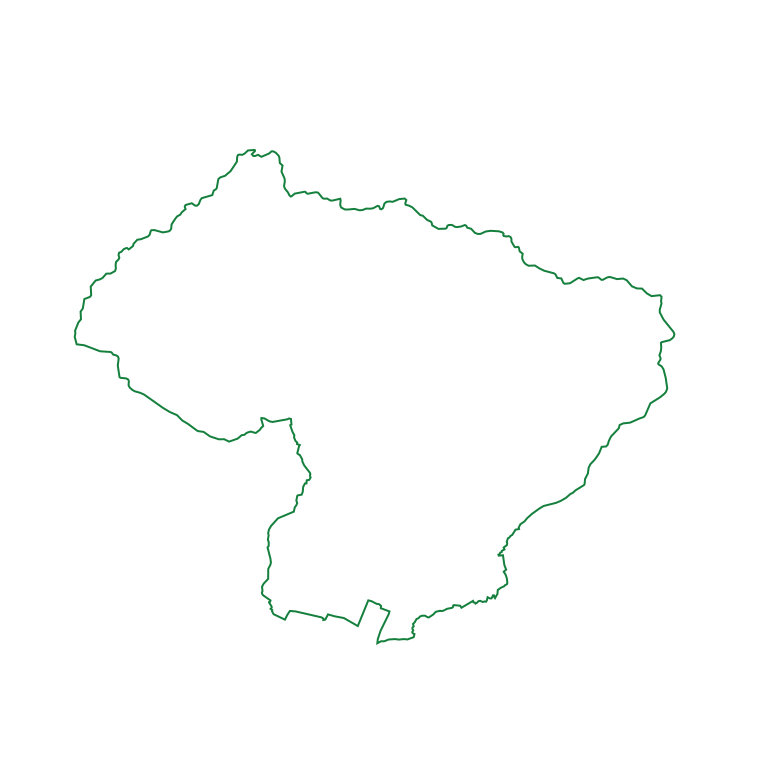 outline of Hang Chat, Lampang, Thailand, rotated 79°
{"feature_id": "78962969B1257188222382", "entity_name": "Hang Chat", "entity_type": "district", "adm_level": 2, "iso_a3": "THA", "parent_name": "Thailand", "parent_adm1": "Lampang", "projection": "natural_earth1", "projection_center": [99.296, 18.345], "detail": "fine", "context": "isolated", "style": "outline", "palette": "green", "viewbox_px": 768, "rotation_deg": 79, "n_neighbors": 0, "source": "geoboundaries", "source_scale": "gbopen_adm2", "svg_char_len": 6153}
<svg xmlns="http://www.w3.org/2000/svg" viewBox="0 0 768 768"><g transform="rotate(79 384 384)"><path d="M423.1,106.8L419.8,108.0L417.0,110.8L415.9,110.9L412.5,107.8L411.2,107.6L408.4,108.2L404.7,106.0L401.2,104.9L396.4,104.3L395.9,103.3L395.5,95.1L394.2,92.3L392.8,90.5L390.4,89.4L388.1,89.9L374.1,97.3L366.4,99.6L363.8,99.2L357.9,96.2L355.9,96.3L351.3,94.9L349.5,96.1L348.8,104.6L345.2,108.7L339.6,112.5L338.4,117.6L335.4,122.0L328.4,126.0L326.1,129.2L325.5,135.2L322.2,141.5L321.9,143.0L322.1,145.1L323.4,148.9L323.3,150.6L320.4,153.1L319.9,154.1L319.4,163.7L320.0,168.3L317.0,172.3L317.3,173.9L320.6,182.2L320.1,187.5L319.1,188.6L314.2,189.8L313.0,193.6L309.0,194.8L307.8,196.0L303.4,205.1L300.1,209.5L296.5,213.2L295.5,219.5L293.3,222.1L291.2,223.4L288.1,224.3L285.5,224.1L282.5,223.0L279.7,225.5L275.6,225.6L275.0,226.3L274.8,229.0L274.3,229.7L268.5,231.7L265.7,231.2L263.8,231.8L262.7,233.2L262.5,235.7L261.6,238.2L260.7,238.5L259.3,237.9L257.9,238.7L256.1,241.9L254.0,249.9L253.7,255.0L255.1,260.8L254.6,263.3L253.0,265.9L248.2,268.9L246.5,272.4L244.3,273.1L243.4,274.3L244.1,278.2L243.9,282.5L243.3,284.2L240.8,287.0L240.3,290.0L240.7,291.5L242.6,292.6L243.3,293.8L242.1,301.0L237.5,306.4L235.1,306.4L233.7,306.9L231.1,310.4L226.2,313.8L225.1,316.2L216.1,322.4L213.9,325.1L212.1,328.6L210.6,328.6L207.7,327.0L205.9,328.3L205.4,333.8L206.8,340.6L205.8,344.0L205.7,346.8L206.9,349.1L211.0,351.3L212.0,353.1L211.6,354.3L208.5,355.0L207.9,356.3L209.4,361.1L209.3,364.1L208.4,368.1L209.1,371.7L208.8,374.9L206.5,379.5L205.8,386.5L205.1,389.3L202.6,392.3L201.5,392.7L199.3,392.7L195.3,391.5L193.8,391.6L194.1,399.6L193.6,401.7L191.1,404.5L190.7,407.4L189.9,408.8L183.7,412.1L183.1,413.2L182.7,415.2L182.7,422.6L181.9,423.7L180.5,424.4L180.1,425.4L180.1,435.4L182.1,438.9L182.2,439.8L180.6,440.9L177.4,441.8L173.7,443.8L171.7,444.3L170.4,444.3L166.2,442.7L163.4,442.4L155.9,444.1L150.2,441.9L147.2,444.1L141.7,443.5L139.8,443.9L136.3,446.1L134.4,448.5L134.2,450.1L135.8,452.8L137.6,461.0L135.0,463.9L135.6,467.0L135.2,468.8L133.2,469.9L130.8,466.3L129.9,466.1L129.5,466.6L128.8,473.0L131.2,476.8L132.0,479.3L131.2,482.2L131.4,483.7L133.1,484.8L137.7,486.0L145.7,493.9L149.3,500.3L149.9,505.1L151.2,507.5L159.8,510.8L160.8,511.9L161.6,514.2L165.8,516.5L166.8,527.4L168.3,529.1L172.1,531.5L173.3,533.6L172.9,535.3L169.9,538.2L170.4,544.6L171.9,545.8L174.4,545.4L176.9,549.8L178.9,551.7L180.0,555.1L181.8,557.2L186.7,562.0L191.2,563.4L192.6,564.9L193.1,566.6L193.0,572.1L189.2,579.8L188.6,582.8L189.3,583.8L192.7,585.5L194.1,587.4L195.5,595.1L195.3,598.6L198.5,603.0L200.7,604.1L203.2,608.9L201.5,610.3L201.4,611.1L202.0,613.8L204.1,616.6L204.6,619.0L206.8,620.0L209.5,619.7L211.1,620.8L213.0,623.7L215.7,624.7L219.6,625.2L221.8,626.5L223.4,631.3L222.7,635.5L226.3,640.2L227.1,643.1L227.4,647.3L232.4,653.3L241.0,654.5L242.4,656.0L243.4,661.9L252.5,665.3L255.0,668.0L262.6,669.1L265.3,672.3L272.8,677.1L275.4,677.3L278.7,678.6L286.4,678.1L288.8,670.8L297.7,656.5L300.4,646.3L301.1,645.4L303.6,644.1L304.7,641.5L306.3,639.9L308.4,639.6L315.0,641.8L326.7,642.3L327.6,641.6L329.3,636.1L330.7,634.3L332.5,633.9L336.6,635.0L338.9,634.3L341.5,632.4L343.5,630.2L346.2,624.9L348.6,621.5L365.3,605.5L370.7,599.5L375.1,593.1L381.3,589.0L385.9,583.9L394.0,576.5L394.8,575.4L396.6,570.2L402.3,564.7L406.8,556.6L407.7,551.4L411.0,547.1L409.7,538.1L407.1,533.5L407.2,530.5L406.2,529.1L405.5,526.9L405.3,523.8L407.5,519.6L407.5,518.9L405.1,514.3L403.9,513.3L402.2,510.6L395.3,511.2L394.0,510.8L395.0,507.9L398.7,503.7L400.0,500.7L400.2,485.5L399.7,483.8L400.6,482.0L406.2,482.6L406.4,483.8L407.1,483.9L413.8,482.9L417.1,481.8L419.4,482.5L423.1,481.7L424.8,480.4L426.3,480.9L427.9,478.3L428.8,479.2L435.3,482.3L436.4,481.8L437.6,480.2L442.2,478.7L444.6,478.9L448.6,477.9L457.2,473.6L458.4,473.5L459.8,474.2L461.8,473.9L463.8,475.6L463.8,478.2L466.8,479.1L466.5,480.5L469.4,482.9L474.2,484.3L476.9,485.9L476.9,490.0L477.3,490.5L481.8,492.3L484.3,491.9L486.4,493.3L488.0,495.1L492.1,496.9L495.6,513.7L501.8,522.0L505.1,524.8L508.4,526.2L510.4,526.1L514.8,527.7L517.1,527.3L521.0,528.1L522.2,529.5L533.8,528.8L537.8,529.1L539.9,530.1L543.4,532.9L553.2,534.9L557.0,540.2L559.7,542.4L564.1,542.8L565.6,543.7L567.0,543.6L568.3,543.0L574.8,536.7L576.2,537.6L576.2,538.4L576.7,538.5L580.8,536.8L582.1,536.9L583.1,538.2L584.6,536.8L585.6,537.3L588.9,536.3L596.4,526.2L591.9,522.7L588.8,519.6L590.4,514.1L601.1,490.0L602.6,488.3L604.1,488.6L604.1,486.6L599.5,482.9L602.6,476.8L606.1,468.0L616.6,455.9L593.4,440.7L594.8,437.7L598.4,433.2L599.0,431.1L601.1,429.3L603.5,429.9L608.3,422.0L611.0,423.4L625.5,434.4L633.1,438.7L637.2,440.0L636.0,436.0L636.6,432.7L635.7,428.3L636.5,421.8L637.7,418.3L638.2,413.1L639.2,409.7L638.2,403.2L635.3,401.8L634.1,403.4L632.9,403.6L631.4,402.3L630.0,402.8L628.5,402.5L627.6,401.1L625.1,401.3L623.7,399.3L620.9,396.9L620.5,394.9L619.2,393.1L618.7,391.3L619.2,388.1L621.3,385.6L621.7,384.5L619.6,379.5L617.5,376.7L617.3,372.2L617.8,371.3L617.9,369.1L616.7,364.9L616.7,359.9L615.9,358.6L614.7,358.4L614.4,357.5L616.2,351.5L618.4,350.7L613.9,338.0L615.5,337.8L616.0,336.4L617.0,336.1L616.5,334.5L615.2,332.7L615.2,331.0L616.8,328.6L616.7,326.5L617.2,325.4L616.0,324.3L613.1,323.0L614.7,320.9L615.0,319.4L612.2,317.2L612.6,316.3L614.2,316.4L615.4,315.9L611.7,312.7L607.9,311.6L606.3,308.1L605.5,304.7L604.7,303.8L604.1,301.7L602.9,300.9L598.7,300.5L594.8,300.9L591.1,302.3L589.5,299.5L584.8,300.4L574.8,299.9L574.4,304.1L573.3,304.2L573.2,303.1L571.7,302.1L571.4,300.5L570.2,300.1L569.4,297.3L567.3,297.7L565.6,294.1L563.6,293.4L562.3,293.6L559.1,291.8L558.7,290.3L557.2,288.7L556.6,286.9L552.1,282.7L552.1,279.1L550.7,279.2L547.7,276.9L545.7,272.3L543.0,269.1L539.6,263.3L535.7,254.8L534.2,250.6L533.5,237.8L532.5,232.9L530.4,226.9L527.4,221.8L527.0,219.7L524.9,216.2L521.4,207.0L520.5,206.2L515.7,204.8L510.7,200.9L505.2,199.1L502.1,196.7L498.4,191.5L493.2,186.2L487.2,182.3L487.7,177.9L486.2,175.9L482.7,174.1L478.9,171.2L472.3,162.0L469.2,160.5L468.3,156.6L468.9,149.8L466.6,139.8L466.0,135.4L464.6,133.6L453.8,126.2L449.7,115.5L447.1,110.7L445.4,108.6L442.4,106.8L431.9,106.3L423.1,106.8Z" fill="none" stroke="#15803d" stroke-width="2"/></g></svg>